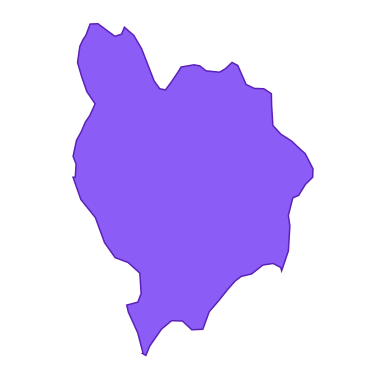 outline of Borås, Västra Götaland, Sweden, rotated 92°
{"feature_id": "70781695B44475344779169", "entity_name": "Borås", "entity_type": "district", "adm_level": 2, "iso_a3": "SWE", "parent_name": "Sweden", "parent_adm1": "Västra Götaland", "projection": "robinson", "projection_center": [12.965, 57.764], "detail": "fine", "context": "isolated", "style": "filled", "palette": "violet", "viewbox_px": 384, "rotation_deg": 92, "n_neighbors": 0, "source": "geoboundaries", "source_scale": "gbopen_adm2", "svg_char_len": 1180}
<svg xmlns="http://www.w3.org/2000/svg" viewBox="0 0 384 384"><g transform="rotate(92 192 192)"><path d="M181.4,311.4L203.4,302.8L220.9,287.7L245.7,277.6L260.3,266.5L264.7,253.4L274.9,241.3L295.3,239.3L304.0,242.3L307.3,253.3L314.3,251.4L334.7,241.3L355.1,235.2L355.2,235.6L356.9,232.4L347.3,228.8L330.1,217.7L321.3,207.9L321.3,197.0L329.7,187.4L328.8,176.4L311.0,170.6L299.8,161.6L287.7,152.6L279.3,145.6L274.6,139.8L271.8,129.5L262.5,118.6L260.6,108.4L264.3,100.7L267.6,99.7L262.4,98.1L247.5,93.6L222.4,93.0L212.1,94.9L194.4,91.1L191.6,85.3L180.4,78.9L173.0,71.9L169.5,71.9L164.6,71.9L149.7,80.2L146.0,84.7L137.6,94.3L131.1,105.2L122.7,113.5L103.1,115.4L91.0,116.1L90.4,117.1L86.3,123.8L86.3,133.4L82.6,141.7L63.9,150.7L61.1,156.5L67.6,162.9L71.3,168.7L70.4,182.2L65.7,188.6L64.8,194.4L67.5,207.3L72.2,209.9L82.5,216.3L90.9,222.1L89.9,227.9L82.4,233.7L50.7,247.3L37.6,255.6L29.7,265.3L36.7,267.9L39.1,274.5L33.7,282.4L27.1,291.9L27.7,299.7L39.1,303.5L43.8,306.4L50.4,309.2L66.6,310.9L80.3,306.4L95.3,300.6L107.3,291.9L119.2,296.8L125.8,301.0L135.4,304.7L144.3,309.2L160.5,312.1L168.2,308.8L181.4,309.2L181.4,311.4Z" fill="#8b5cf6" stroke="#5b21b6" stroke-width="1.5"/></g></svg>